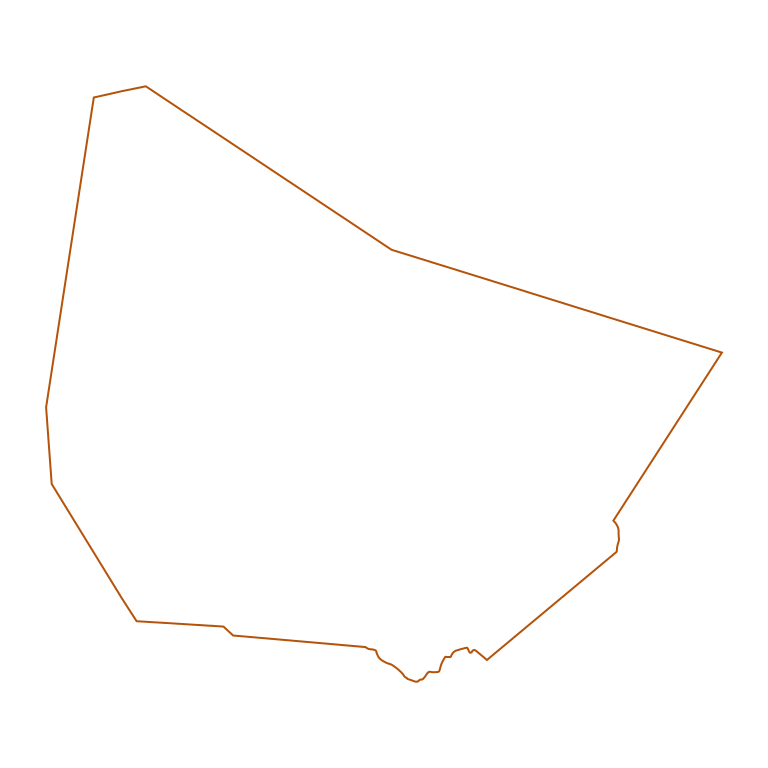 the district of San Luis, Comayagua, Honduras
{"feature_id": "27666195B17713094876682", "entity_name": "San Luis", "entity_type": "district", "adm_level": 2, "iso_a3": "HND", "parent_name": "Honduras", "parent_adm1": "Comayagua", "projection": "natural_earth1", "projection_center": [-87.433, 14.775], "detail": "fine", "context": "isolated", "style": "outline", "palette": "amber", "viewbox_px": 768, "rotation_deg": 0, "n_neighbors": 0, "source": "geoboundaries", "source_scale": "gbopen_adm2", "svg_char_len": 5064}
<svg xmlns="http://www.w3.org/2000/svg" viewBox="0 0 768 768"><path d="M721.9,352.6L610.7,318.0L464.4,272.4L391.6,249.8L216.5,133.3L180.6,109.5L145.8,86.3L122.2,91.1L93.8,97.5L68.2,263.6L46.1,407.3L51.7,484.0L122.1,598.7L136.6,621.2L154.1,622.3L159.8,622.6L222.2,626.5L223.5,626.6L233.1,635.5L365.6,647.1L365.9,647.4L366.3,647.7L366.8,648.0L367.0,648.1L367.3,648.3L367.5,648.4L367.8,648.5L368.2,648.8L368.6,648.9L368.8,649.0L369.1,649.0L369.4,649.1L369.8,649.2L370.0,649.2L370.3,649.2L370.6,649.3L370.8,649.3L371.4,649.3L371.6,649.3L371.8,649.3L372.0,649.4L372.3,649.4L372.7,649.5L372.9,649.5L373.4,649.6L373.6,649.7L373.8,649.7L374.0,649.8L374.5,650.0L375.2,650.2L375.4,650.3L375.6,650.4L375.7,650.5L375.8,650.7L375.9,650.8L376.0,650.9L376.1,651.0L376.2,651.3L376.3,651.5L376.4,651.8L376.5,652.4L376.6,652.5L376.6,652.9L376.7,653.0L376.8,653.3L376.8,653.5L377.0,653.8L377.1,654.1L377.5,655.0L377.9,655.9L378.1,656.3L378.2,656.5L378.3,656.6L378.4,656.8L378.6,657.1L378.8,657.4L378.9,657.6L379.2,657.9L379.3,658.0L379.5,658.3L379.7,658.5L379.8,658.6L380.0,658.8L380.4,659.1L380.5,659.3L380.9,659.6L381.3,659.9L381.8,660.2L382.0,660.4L382.3,660.6L382.5,660.7L383.3,661.2L383.9,661.5L384.6,661.9L385.3,662.3L385.9,662.6L386.2,662.7L386.6,662.9L386.9,663.0L387.3,663.2L387.7,663.3L388.0,663.4L388.4,663.6L388.8,663.7L389.1,663.8L389.6,663.9L389.8,664.0L390.0,664.0L390.4,664.2L390.6,664.3L391.1,664.5L391.3,664.6L391.5,664.7L391.9,664.9L392.1,665.0L392.7,665.4L393.5,665.9L393.9,666.2L395.6,667.4L396.6,668.2L397.5,668.9L398.4,669.7L399.3,670.5L400.2,671.3L400.9,672.0L401.3,672.4L401.7,672.8L402.1,673.2L402.4,673.6L402.6,673.7L402.7,673.9L402.9,674.2L403.1,674.4L403.2,674.6L403.3,674.7L403.4,674.8L403.5,675.2L403.6,675.3L403.8,675.6L404.0,675.9L404.1,676.0L404.4,676.4L404.5,676.5L404.8,676.8L405.0,677.0L405.3,677.2L405.4,677.3L405.6,677.4L405.8,677.5L406.0,677.6L406.4,677.7L406.5,677.8L406.8,678.0L407.0,678.2L407.1,678.3L407.2,678.5L407.3,678.8L407.5,678.9L407.7,679.0L407.9,679.1L409.6,679.6L410.5,679.9L411.7,680.3L412.8,680.8L413.7,681.1L414.5,681.4L414.9,681.5L415.1,681.5L415.3,681.6L415.6,681.6L415.8,681.6L416.0,681.7L416.4,681.7L416.6,681.7L416.8,681.7L417.0,681.6L417.5,681.6L417.8,681.5L418.0,681.3L418.2,681.2L418.3,681.2L418.5,681.0L418.5,680.9L418.8,680.6L419.0,680.4L419.4,680.2L419.6,680.0L419.8,679.9L420.1,679.8L420.3,679.7L420.5,679.6L420.8,679.6L421.1,679.5L421.3,679.5L421.6,679.5L421.9,679.5L422.0,679.5L422.2,679.4L422.3,679.4L422.6,679.2L422.9,679.0L423.0,678.9L423.2,678.7L423.4,678.6L423.9,677.9L424.2,677.6L424.5,677.2L424.9,676.8L425.1,676.5L425.3,676.2L425.5,675.9L425.7,675.6L425.9,675.2L426.3,674.8L426.4,674.5L426.6,674.2L426.8,674.0L427.0,673.7L427.4,673.2L427.7,673.0L427.8,672.8L428.1,672.5L428.3,672.4L428.6,672.1L428.8,671.9L429.2,671.8L429.3,671.8L429.7,671.8L429.9,671.8L430.2,671.8L430.3,671.8L430.5,671.8L431.0,671.9L431.2,672.0L431.7,672.1L431.9,672.1L432.1,672.1L432.3,672.1L432.7,672.2L433.2,672.2L433.8,672.2L434.5,672.2L435.4,672.1L436.1,672.1L436.4,672.1L436.8,672.1L437.2,672.0L437.7,672.0L437.8,671.9L438.1,671.9L438.3,671.8L438.5,671.7L438.8,671.6L439.0,671.4L439.1,671.2L439.3,671.0L439.3,670.9L439.4,670.7L439.6,670.2L439.7,669.9L439.8,669.4L440.0,668.9L440.2,668.2L440.3,667.5L440.6,666.6L440.8,665.8L440.9,665.4L441.0,665.2L441.1,664.9L441.2,664.7L441.2,664.4L441.3,664.2L441.6,663.5L442.4,661.9L442.8,661.0L443.3,660.1L443.8,659.2L444.1,658.7L444.5,658.0L444.7,657.8L444.8,657.5L445.0,657.3L445.2,657.0L445.3,657.0L445.4,656.9L445.5,656.9L445.8,656.8L446.5,656.9L446.9,657.0L447.1,657.0L448.8,657.0L449.9,657.0L450.0,657.0L450.3,657.0L450.4,656.9L450.5,656.9L450.7,656.7L450.8,656.6L450.9,656.4L451.0,656.3L451.1,656.2L451.2,655.9L451.3,655.7L451.4,655.4L451.5,655.2L451.7,654.8L451.8,654.6L452.0,654.3L452.1,654.1L452.3,653.8L452.5,653.4L452.7,653.2L452.8,653.1L453.0,652.8L453.1,652.7L453.4,652.4L453.6,652.2L453.8,652.0L454.0,651.8L454.3,651.6L454.5,651.4L454.8,651.3L454.9,651.2L455.1,651.0L455.5,650.8L455.7,650.7L455.8,650.7L457.1,650.3L458.1,650.0L459.7,649.5L461.3,649.0L462.4,648.8L463.5,648.5L464.4,648.2L465.3,648.0L465.5,648.0L465.9,647.9L466.0,647.9L466.5,647.8L467.1,647.8L467.3,647.9L467.4,648.0L467.5,648.2L467.7,648.5L468.0,649.2L468.8,650.8L469.2,651.6L469.4,652.0L469.6,652.3L469.8,652.5L470.0,652.7L470.4,652.7L470.5,652.7L470.8,652.7L471.1,652.6L471.4,652.4L471.6,652.2L471.8,652.0L471.9,651.9L472.0,651.8L472.0,651.5L472.1,651.4L472.2,651.2L472.3,651.1L472.5,650.9L472.8,650.6L473.0,650.5L473.1,650.4L473.3,650.3L473.4,650.2L473.6,650.2L473.8,650.1L474.0,650.0L474.3,650.0L474.7,650.1L475.0,650.2L475.1,650.3L475.4,650.4L475.7,650.6L475.8,650.7L475.9,650.8L476.0,650.8L476.2,651.0L476.4,651.1L476.9,651.5L477.4,652.0L477.6,652.2L477.8,652.3L480.8,654.8L483.7,657.2L484.3,657.7L484.8,658.2L485.8,659.1L486.9,660.0L516.0,635.7L616.5,551.9L616.8,551.0L617.0,548.3L617.5,545.4L618.0,543.5L618.7,541.4L619.0,539.3L618.8,537.3L618.6,534.1L618.6,530.6L618.3,528.5L617.5,526.3L616.4,524.4L615.4,522.8L614.4,521.8L613.4,520.6L721.9,352.6Z" fill="none" stroke="#b45309" stroke-width="2"/></svg>